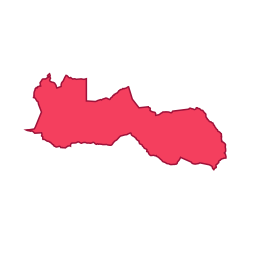 the district of Opatoro, La Paz, Honduras, rotated 119°
{"feature_id": "27666195B51886309725377", "entity_name": "Opatoro", "entity_type": "district", "adm_level": 2, "iso_a3": "HND", "parent_name": "Honduras", "parent_adm1": "La Paz", "projection": "mercator", "projection_center": [-87.876, 14.039], "detail": "fine", "context": "isolated", "style": "filled", "palette": "rose", "viewbox_px": 256, "rotation_deg": 119, "n_neighbors": 0, "source": "geoboundaries", "source_scale": "gbopen_adm2", "svg_char_len": 5857}
<svg xmlns="http://www.w3.org/2000/svg" viewBox="0 0 256 256"><g transform="rotate(119 128 128)"><path d="M81.4,63.2L80.8,64.7L80.4,65.2L79.8,65.7L78.5,66.4L77.9,67.1L77.6,68.6L76.4,71.2L76.5,71.5L76.8,71.7L76.9,72.0L76.9,72.7L76.4,74.8L76.6,75.5L77.0,76.3L76.7,77.0L76.9,77.7L77.1,77.9L77.4,78.1L78.2,77.9L78.6,77.9L79.6,78.7L79.8,79.2L79.8,80.3L80.3,81.9L80.4,83.0L80.7,83.5L81.3,83.9L82.0,83.9L91.6,97.1L93.1,97.2L93.7,97.6L94.0,98.3L94.2,99.8L94.6,100.9L96.0,103.5L96.5,104.1L97.0,105.2L98.4,105.8L99.4,106.5L100.3,106.8L101.4,107.4L102.5,108.7L103.0,109.2L103.5,109.9L102.0,110.8L101.3,111.9L101.6,113.3L102.0,114.1L102.0,115.0L102.2,115.5L102.2,116.0L101.9,116.6L102.0,117.2L101.9,117.4L100.4,117.8L99.9,118.3L99.8,118.5L100.0,119.7L100.0,120.1L99.9,120.3L99.6,120.5L105.0,128.2L100.7,138.2L91.7,147.5L92.4,148.2L93.3,148.5L93.7,148.8L94.0,149.0L95.0,150.1L95.7,150.5L95.8,151.3L95.9,151.6L97.3,152.1L97.7,152.8L98.3,153.4L99.3,153.6L99.9,154.1L100.8,154.1L102.7,154.5L103.2,155.0L104.7,155.8L105.3,156.3L105.8,156.1L106.1,156.2L106.2,156.5L106.4,156.6L107.4,156.9L108.6,156.9L109.4,157.4L110.5,157.7L111.6,157.6L111.8,157.7L112.0,157.9L112.1,158.4L112.2,161.0L112.5,161.8L112.8,162.2L113.2,162.4L115.1,164.2L116.2,164.7L116.4,164.9L116.3,165.3L116.5,165.8L117.5,166.7L118.4,167.6L120.1,168.8L120.7,169.5L124.5,177.5L105.1,188.3L106.3,189.5L106.8,190.1L107.2,191.0L107.7,192.7L110.4,196.7L110.6,197.1L110.7,198.3L111.0,198.8L111.2,199.2L112.0,199.9L111.9,200.6L111.9,201.6L111.6,202.6L111.8,202.8L112.4,203.2L112.6,204.0L112.5,204.6L112.1,205.5L111.9,206.3L111.8,206.9L112.0,207.7L114.4,207.8L117.9,207.5L118.8,207.6L120.1,207.9L121.0,207.9L122.5,207.5L124.1,206.6L127.5,209.6L126.5,210.9L125.6,211.6L124.3,214.0L124.3,215.4L124.8,216.8L124.9,218.0L124.8,218.8L124.6,219.4L124.4,219.6L124.1,219.8L122.0,219.9L121.8,220.2L121.3,221.0L121.0,221.2L120.0,221.4L119.2,222.2L118.6,222.9L119.9,223.5L121.3,223.8L121.5,223.7L121.6,223.3L121.5,222.3L121.8,222.3L122.2,222.3L123.1,222.9L125.0,223.8L126.4,226.2L126.8,226.5L127.5,226.6L129.0,226.6L130.1,226.8L131.2,226.8L132.2,225.9L133.1,225.5L133.4,224.9L133.7,224.7L133.9,225.0L133.9,225.4L134.2,225.7L135.2,226.3L135.4,226.8L136.0,227.1L136.4,227.0L136.7,226.9L136.9,226.9L137.1,227.1L137.1,227.7L137.2,227.9L137.9,227.9L139.0,228.2L139.8,227.7L140.8,227.7L141.9,227.5L143.1,227.1L144.4,226.3L144.6,226.2L144.9,226.3L145.3,225.9L145.5,225.5L146.4,225.5L146.9,225.6L147.2,225.4L146.9,224.7L146.8,224.4L147.2,223.1L148.6,220.8L148.5,219.8L149.3,218.8L150.4,218.0L156.0,211.4L172.0,209.5L174.1,209.5L174.5,209.8L174.9,210.3L177.4,213.5L178.3,215.0L179.1,216.1L179.0,214.9L178.2,212.5L178.1,211.9L177.9,211.4L177.3,210.8L177.1,210.1L177.3,208.7L177.8,207.1L174.1,201.3L174.9,200.5L175.6,200.0L176.5,199.9L176.8,199.8L176.9,199.6L176.9,198.6L177.0,198.3L178.1,197.8L179.2,196.9L178.8,196.1L178.6,195.9L178.5,195.5L178.5,194.8L178.7,192.6L178.4,191.4L178.1,190.7L178.3,189.7L178.1,188.7L178.6,187.5L178.6,186.8L179.0,185.9L178.9,185.4L178.8,185.0L179.4,184.4L179.5,184.1L179.6,183.6L179.4,182.7L179.5,181.8L179.2,181.2L178.1,180.0L177.4,179.3L177.2,178.9L177.1,178.4L177.6,177.5L177.7,177.1L176.9,176.1L176.9,175.3L176.3,174.6L175.9,173.3L175.6,173.0L174.7,172.7L173.0,171.8L172.1,170.7L171.7,170.0L171.7,169.5L170.8,170.0L170.1,170.2L169.4,170.2L168.6,169.9L167.9,169.0L167.0,167.4L166.2,166.3L164.7,165.3L164.3,164.9L164.2,164.5L164.0,163.7L164.1,162.4L164.0,161.5L163.7,161.1L162.9,160.6L162.2,159.8L161.9,159.4L161.3,158.3L161.1,156.7L160.7,155.9L160.1,155.0L159.7,153.8L159.5,153.4L158.6,152.4L157.6,151.8L157.4,151.5L157.2,150.7L157.6,149.2L157.7,148.4L157.6,147.9L157.4,147.4L156.8,147.3L156.5,146.9L156.5,146.6L156.5,145.9L155.9,145.2L155.0,143.1L154.7,141.9L154.0,140.8L153.8,140.3L152.8,138.8L152.6,137.4L151.7,135.1L151.4,134.6L151.2,134.4L150.2,133.9L147.8,133.7L145.6,133.1L144.0,132.1L142.0,131.6L140.2,131.2L138.7,130.7L137.5,129.4L135.5,127.4L134.4,125.8L132.8,124.8L131.9,124.1L131.2,123.4L131.1,123.2L131.2,122.7L132.2,121.9L132.5,121.2L132.7,119.3L132.6,118.2L133.1,116.6L133.0,115.8L133.1,115.7L133.5,115.6L133.8,115.2L134.1,113.6L134.1,112.0L134.7,111.8L135.4,110.9L135.9,110.5L136.1,110.3L135.9,107.7L136.3,107.1L136.8,106.5L136.9,105.6L137.7,104.2L137.8,103.3L137.6,102.0L137.7,101.2L138.1,100.6L139.1,100.5L139.4,100.3L139.5,100.0L139.2,99.2L139.2,98.7L139.9,98.0L140.7,96.8L141.1,95.3L141.1,95.0L141.0,94.6L139.5,92.5L139.3,91.8L139.1,90.5L138.4,89.9L138.9,89.0L138.8,87.6L139.0,86.6L139.1,85.9L139.5,84.7L139.8,83.0L140.3,81.9L140.5,81.1L140.1,78.6L140.3,77.0L140.1,76.3L139.5,74.8L139.5,73.6L139.2,72.7L137.6,70.3L137.1,69.4L136.7,69.0L136.5,68.9L136.3,68.4L136.1,68.2L135.3,67.9L134.9,67.9L134.2,68.2L133.8,68.2L131.0,67.7L128.8,67.7L128.2,67.8L127.2,56.6L127.2,56.0L127.6,55.4L127.7,54.9L127.7,54.0L127.5,53.2L127.0,51.8L126.4,51.0L124.8,49.0L123.6,48.2L120.7,38.9L120.8,36.3L120.9,35.8L121.1,35.5L121.7,35.1L122.2,34.5L122.5,33.8L122.7,33.2L122.9,32.9L122.9,32.7L122.7,32.6L122.2,32.8L121.3,32.7L120.7,32.2L120.1,32.1L119.9,31.8L119.8,31.7L119.0,32.1L118.7,32.7L117.4,33.1L117.0,32.9L116.7,32.6L116.0,32.6L115.8,32.5L115.6,32.3L114.8,32.2L114.6,32.0L114.3,31.9L114.0,32.0L113.4,32.5L112.9,32.5L111.6,31.9L111.5,31.7L110.6,31.6L110.3,31.3L109.9,31.3L108.4,29.8L107.9,29.5L106.8,27.8L105.7,28.3L103.7,30.1L103.4,30.6L103.3,31.5L103.1,31.7L102.0,31.3L100.8,31.4L98.8,32.6L97.5,33.7L96.0,34.3L95.1,34.8L94.9,35.2L94.5,36.4L94.2,38.2L94.4,39.3L94.3,39.6L94.0,39.7L93.6,39.7L93.4,40.1L93.2,40.4L92.6,40.7L91.8,41.3L90.5,41.8L90.3,41.9L90.4,42.2L90.2,42.4L89.3,42.6L87.8,43.6L87.8,44.1L87.3,45.2L87.1,47.0L87.2,47.5L87.2,47.9L86.2,49.0L86.1,50.2L85.8,50.6L85.4,51.3L85.1,52.1L84.6,53.0L84.1,53.5L84.1,53.8L83.8,54.2L83.8,54.7L83.3,55.0L82.9,55.8L82.5,56.2L82.8,57.7L82.4,58.2L82.6,58.8L82.8,59.9L81.8,62.4L81.8,63.0L81.4,63.2Z" fill="#f43f5e" stroke="#9f1239" stroke-width="1.5"/></g></svg>